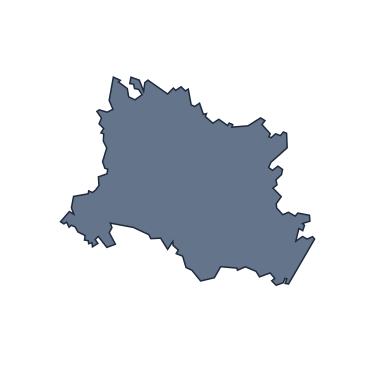 outline of Cotaxtla, Veracruz, Mexico, rotated 38°
{"feature_id": "50627088B87559081600102", "entity_name": "Cotaxtla", "entity_type": "district", "adm_level": 2, "iso_a3": "MEX", "parent_name": "Mexico", "parent_adm1": "Veracruz", "projection": "robinson", "projection_center": [-96.372, 18.858], "detail": "medium", "context": "isolated", "style": "filled", "palette": "slate", "viewbox_px": 384, "rotation_deg": 38, "n_neighbors": 0, "source": "geoboundaries", "source_scale": "gbopen_adm2", "svg_char_len": 1933}
<svg xmlns="http://www.w3.org/2000/svg" viewBox="0 0 384 384"><g transform="rotate(38 192 192)"><path d="M111.3,257.3L101.4,268.4L106.7,278.7L112.6,282.3L107.4,282.9L106.7,296.4L110.7,296.0L111.8,293.0L116.8,295.4L117.4,292.5L121.4,291.5L126.8,293.7L134.6,292.1L136.9,296.1L140.3,294.2L142.4,296.4L144.4,293.6L147.3,296.5L149.5,290.4L144.9,289.1L145.5,284.7L159.0,288.1L163.8,280.3L151.8,275.0L150.9,269.4L146.8,266.8L167.6,256.0L184.3,252.2L188.3,254.1L195.7,247.7L208.1,252.2L207.4,242.8L209.9,245.7L216.9,246.2L217.5,250.3L224.1,248.3L233.8,255.2L240.1,253.7L253.6,256.8L262.4,245.8L260.6,233.2L274.3,224.3L276.0,225.7L280.1,218.1L291.3,215.1L297.5,217.3L303.4,207.7L310.4,209.1L309.5,212.9L315.7,213.7L319.8,207.3L318.5,202.8L320.2,202.1L321.7,206.7L324.7,205.1L317.6,153.6L314.5,153.0L311.7,158.2L306.5,159.0L304.1,166.9L298.7,155.0L303.1,154.3L301.2,149.0L298.5,148.8L302.9,142.4L298.9,138.0L288.4,143.4L288.1,147.5L280.5,148.6L277.5,154.0L268.6,152.5L265.6,149.4L265.2,140.7L253.4,139.1L254.6,134.0L250.7,130.8L251.8,123.2L249.5,118.5L243.8,118.7L242.1,125.4L237.3,125.5L235.9,119.9L239.8,98.6L230.4,87.5L227.1,88.4L226.9,93.2L222.1,94.6L220.9,100.5L218.5,101.2L217.9,98.0L205.6,95.8L205.6,90.8L200.4,91.4L195.4,105.4L183.5,116.3L182.6,113.8L178.9,114.8L179.1,117.7L168.4,118.2L166.1,124.9L156.1,124.4L155.1,121.3L153.1,123.8L143.3,117.4L141.4,123.0L137.7,123.8L125.7,113.2L124.5,116.5L118.6,115.8L116.6,122.0L113.3,121.6L112.5,129.8L88.4,131.0L87.5,134.9L91.8,142.3L81.6,136.3L73.2,139.1L76.2,144.9L79.7,143.0L83.0,145.9L86.7,144.0L92.8,146.0L90.3,154.5L83.5,156.0L77.3,150.3L66.3,150.6L66.8,148.1L59.3,149.9L70.3,170.8L78.8,175.5L76.0,181.3L68.3,184.4L67.4,187.1L75.1,189.4L76.8,195.5L83.3,196.3L83.8,201.5L86.6,200.5L90.8,206.5L97.7,209.8L102.9,223.2L108.7,226.9L111.5,225.9L113.8,230.0L108.9,237.7L114.7,244.2L114.8,250.0L113.9,253.7L109.9,254.7L111.3,257.3Z" fill="#64748b" stroke="#1e293b" stroke-width="1.5"/></g></svg>